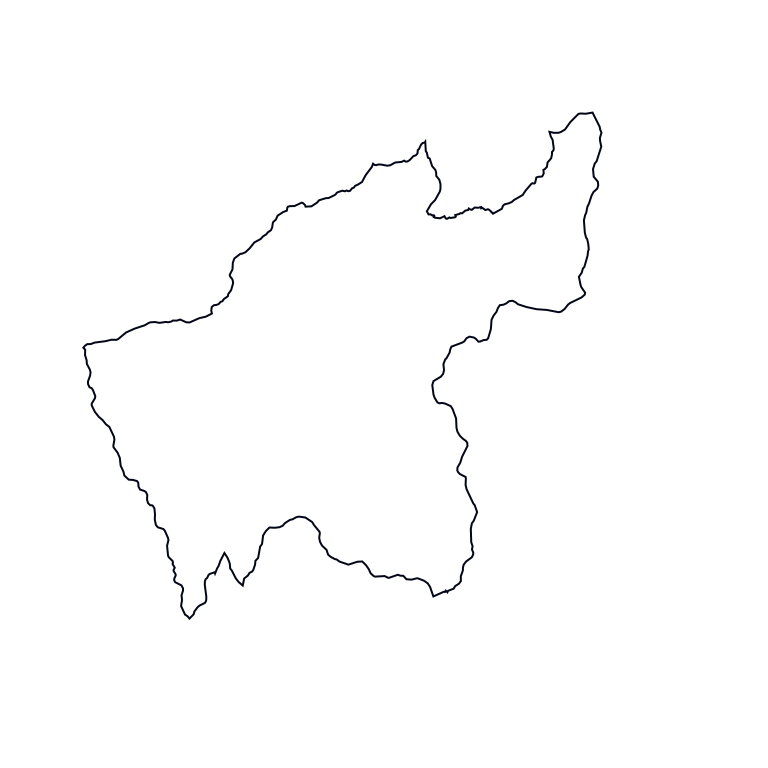 Susacón, Boyacá, Colombia, rotated 162°
{"feature_id": "7082276B12166433159462", "entity_name": "Susacón", "entity_type": "district", "adm_level": 2, "iso_a3": "COL", "parent_name": "Colombia", "parent_adm1": "Boyacá", "projection": "albers", "projection_center": [-72.721, 6.224], "detail": "fine", "context": "isolated", "style": "outline", "palette": "ink", "viewbox_px": 768, "rotation_deg": 162, "n_neighbors": 0, "source": "geoboundaries", "source_scale": "gbopen_adm2", "svg_char_len": 6163}
<svg xmlns="http://www.w3.org/2000/svg" viewBox="0 0 768 768"><g transform="rotate(162 384 384)"><path d="M665.4,440.9L662.8,436.7L660.9,431.6L658.5,428.1L657.1,417.4L657.6,414.4L660.4,409.1L660.8,407.4L658.6,401.0L658.1,395.4L659.7,387.7L658.9,381.3L659.2,377.1L656.3,371.9L652.3,370.3L648.9,368.0L648.2,366.2L649.2,362.3L648.6,359.0L645.0,356.3L643.8,354.8L643.4,351.7L645.1,347.3L645.2,343.6L643.8,340.9L642.2,340.4L641.5,339.6L640.8,336.6L642.1,330.7L643.9,325.8L644.5,320.4L643.4,317.6L638.6,314.2L637.8,312.1L637.0,304.4L637.2,302.2L640.3,297.2L642.4,287.6L642.3,285.9L639.8,281.1L639.9,279.4L640.7,278.1L639.8,273.9L641.5,272.2L641.9,271.3L641.0,267.5L641.3,266.2L643.5,263.9L644.2,262.1L643.8,260.0L638.9,255.1L638.3,251.8L639.0,249.6L641.9,245.5L642.8,241.1L645.6,235.5L644.5,226.2L642.6,223.8L641.5,221.0L636.2,223.8L634.6,226.3L629.9,229.5L627.8,230.3L622.1,231.1L620.9,232.0L619.8,233.5L618.7,236.7L616.5,248.4L615.3,251.7L614.0,253.4L612.0,254.3L610.1,256.4L608.5,257.2L603.2,257.3L603.2,256.0L599.6,260.3L597.5,262.1L594.4,266.2L588.0,272.6L586.6,267.5L586.2,263.3L586.2,260.7L587.3,256.0L586.4,253.7L585.0,244.9L583.4,240.5L580.6,236.0L577.1,242.2L572.6,243.9L570.3,245.9L567.3,246.4L565.7,247.7L562.4,252.1L560.9,255.6L557.5,257.4L552.0,267.7L549.8,269.2L549.1,270.2L545.8,277.3L541.7,280.7L537.3,282.9L532.2,281.0L527.6,280.1L524.2,280.5L521.2,282.3L515.5,283.8L512.7,283.6L508.8,284.4L506.0,284.2L500.0,281.3L494.9,274.8L494.2,271.6L491.0,263.4L491.1,262.0L493.2,257.7L493.6,253.6L492.9,249.5L489.9,244.0L489.9,239.0L488.2,236.2L484.9,232.7L483.3,231.8L481.2,228.9L473.7,223.2L464.3,223.2L459.5,221.9L457.1,217.3L455.7,212.6L455.2,208.1L453.1,204.4L452.1,203.6L442.7,201.1L439.8,198.3L438.9,198.1L429.7,198.3L427.8,196.7L424.9,195.6L423.0,191.4L418.2,189.4L412.8,189.1L411.6,188.5L406.7,184.5L404.0,180.9L402.9,176.8L402.7,166.7L391.5,167.9L390.3,167.4L389.2,168.4L388.1,166.3L387.0,167.5L381.0,167.8L378.8,169.8L374.5,170.9L371.8,172.8L370.3,177.5L366.6,182.3L365.7,184.9L364.0,187.6L360.6,189.9L354.1,192.0L351.9,194.2L351.2,196.2L351.5,199.4L349.9,202.2L349.9,206.6L346.2,219.4L343.5,224.3L340.8,226.3L335.0,233.4L335.2,240.8L336.0,242.8L338.0,258.6L337.6,262.8L335.3,268.9L335.1,270.3L339.7,275.0L340.8,277.4L341.0,279.2L339.9,281.9L335.7,285.7L332.1,290.8L323.8,299.2L323.0,302.3L323.6,304.4L326.1,307.9L327.9,311.4L328.9,316.0L328.6,319.9L326.1,328.9L326.5,338.9L327.3,342.2L329.7,344.5L332.2,346.7L334.8,348.1L337.3,348.5L338.9,350.0L340.1,355.1L340.2,358.6L338.4,368.1L336.0,371.5L327.6,373.4L324.6,375.4L322.6,378.7L321.4,384.5L318.2,388.4L316.6,389.2L311.9,393.6L310.4,396.3L308.3,398.7L296.9,399.2L294.6,399.7L291.3,402.1L288.0,402.6L284.0,400.3L282.7,398.6L281.1,395.1L279.7,394.7L275.8,395.0L272.7,394.3L270.8,395.3L265.4,403.2L261.9,411.8L258.5,415.3L254.8,417.8L252.3,420.9L249.5,423.2L245.9,422.5L242.7,422.9L239.3,424.1L236.0,423.4L233.7,421.2L231.9,418.4L224.7,413.2L215.8,408.0L206.2,404.1L195.7,398.3L193.2,398.1L188.9,399.6L184.5,402.6L182.1,403.5L169.3,405.3L165.4,407.0L164.5,408.7L166.4,415.0L166.5,417.3L165.5,425.7L161.6,428.7L159.2,432.3L157.2,433.5L150.7,443.2L149.0,447.0L147.7,448.7L146.5,453.8L146.0,459.0L146.6,460.8L146.2,466.0L143.3,477.9L140.5,482.5L138.8,484.3L135.8,489.7L133.2,492.4L128.4,499.0L125.5,501.8L120.8,503.9L118.9,506.6L118.1,510.3L120.5,516.4L118.8,523.8L115.4,528.6L112.9,530.2L104.0,542.6L103.4,548.3L102.7,551.2L99.5,555.8L99.8,558.9L99.4,562.0L101.8,577.7L108.7,578.7L113.3,580.5L115.6,580.8L125.9,575.5L133.2,570.1L137.9,569.0L140.5,569.0L144.9,570.4L148.7,572.7L148.9,567.8L148.2,564.1L149.8,555.3L150.8,553.7L152.5,552.8L153.3,550.4L155.3,547.0L160.0,544.1L161.9,540.2L164.8,538.6L166.2,538.4L167.0,535.0L168.7,533.1L169.7,532.5L173.4,533.4L175.3,533.3L178.1,528.6L179.1,528.2L181.0,529.1L182.2,528.7L189.7,524.1L193.7,520.9L203.5,518.8L206.3,517.6L209.6,517.3L213.9,517.6L215.8,516.7L217.8,514.2L227.6,512.3L227.7,513.4L228.7,513.8L228.9,515.1L230.5,517.6L231.2,518.1L233.8,518.1L235.9,520.9L237.1,521.1L236.6,521.8L236.9,522.3L240.0,522.5L243.2,523.8L246.7,522.5L248.3,523.6L249.1,524.7L250.3,523.5L253.0,523.8L257.0,522.2L258.7,522.9L259.7,522.4L264.0,522.7L264.0,521.0L264.8,520.6L269.3,521.3L270.4,522.2L273.0,521.6L274.1,522.4L274.6,524.9L279.5,524.3L284.0,526.3L285.2,527.4L285.2,527.9L284.2,528.3L284.5,529.1L286.3,529.7L287.3,531.0L289.2,531.5L289.9,535.0L283.7,540.5L278.6,543.1L271.5,549.7L270.0,552.1L268.5,556.7L268.3,561.3L270.0,565.6L269.0,569.4L269.0,571.7L270.9,576.3L270.9,584.4L272.3,585.7L271.8,590.7L272.3,592.5L269.9,601.7L270.7,601.1L272.9,601.2L274.8,600.2L278.3,596.5L279.6,596.0L280.7,593.3L281.8,592.3L283.1,591.7L285.7,591.6L290.4,589.0L293.0,588.4L294.7,588.8L295.8,590.2L298.6,589.8L305.1,591.2L310.4,590.1L313.4,590.6L319.1,593.7L321.5,594.5L323.9,594.6L325.4,595.4L326.3,596.9L328.5,594.2L336.9,588.3L342.5,582.9L347.3,581.7L350.2,581.4L352.0,580.1L353.9,580.0L356.6,578.2L358.4,578.4L359.8,579.6L361.5,579.3L363.9,580.7L368.1,580.7L369.7,580.5L371.6,579.2L373.3,578.8L379.2,578.0L381.9,578.7L389.0,578.8L391.6,577.2L398.1,575.4L403.8,576.9L403.8,578.7L405.4,581.4L406.2,581.9L414.2,580.9L418.4,582.2L420.5,582.3L421.4,581.7L422.8,578.9L426.8,578.7L433.1,577.0L436.1,573.7L439.0,572.5L439.9,571.6L442.1,567.3L444.0,565.2L447.7,564.1L449.7,562.7L453.4,561.8L456.6,560.0L463.6,558.7L469.8,554.6L475.1,552.1L479.0,551.8L480.4,552.2L487.6,549.6L490.3,546.0L492.7,539.8L496.9,535.6L497.2,534.3L495.9,530.5L495.9,528.5L496.4,526.4L500.4,520.5L504.3,517.7L505.4,515.7L510.2,514.2L512.0,512.7L514.0,512.6L516.6,511.1L519.0,511.0L521.2,511.5L524.0,510.5L525.6,507.2L525.9,504.2L532.6,503.1L539.3,503.7L549.9,502.6L553.0,503.8L557.9,508.3L561.5,508.3L565.1,509.6L567.0,509.1L570.1,509.4L572.5,510.5L578.6,511.5L582.6,513.7L586.9,514.8L589.0,514.8L593.2,513.8L604.4,513.7L613.4,512.7L622.9,508.9L625.0,508.7L629.4,510.3L635.7,510.8L646.4,512.8L650.5,512.6L653.9,513.6L656.5,512.8L658.7,511.4L657.6,509.0L659.4,503.9L659.5,498.4L660.4,494.9L659.3,488.6L659.5,485.7L661.0,482.7L664.8,477.8L665.5,475.2L665.1,471.9L663.4,470.5L662.7,468.2L662.3,461.7L663.3,459.8L668.0,455.7L668.6,454.0L667.6,446.9L665.4,440.9Z" fill="none" stroke="#020617" stroke-width="2"/></g></svg>